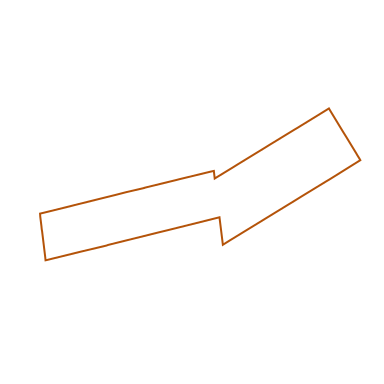 Quitilipi, Chaco, Argentina, rotated 58°
{"feature_id": "61730980B60915850555314", "entity_name": "Quitilipi", "entity_type": "district", "adm_level": 2, "iso_a3": "ARG", "parent_name": "Argentina", "parent_adm1": "Chaco", "projection": "equal_earth", "projection_center": [-60.193, -26.7], "detail": "fine", "context": "isolated", "style": "outline", "palette": "amber", "viewbox_px": 384, "rotation_deg": 58, "n_neighbors": 0, "source": "geoboundaries", "source_scale": "gbopen_adm2", "svg_char_len": 1054}
<svg xmlns="http://www.w3.org/2000/svg" viewBox="0 0 384 384"><g transform="rotate(58 192 192)"><path d="M224.1,32.0L222.0,32.0L221.0,32.0L196.7,31.7L193.7,31.6L193.7,35.2L193.5,64.5L193.5,66.3L193.5,68.2L193.4,71.7L193.1,101.1L193.1,104.3L193.1,104.7L193.1,106.1L192.8,137.6L192.8,141.2L192.8,142.2L192.8,143.8L192.8,144.9L192.6,163.4L192.6,164.8L192.6,165.6L188.4,163.6L185.7,162.3L184.5,165.7L175.5,192.8L174.4,196.1L173.4,199.3L173.3,199.6L164.3,226.8L163.2,230.2L163.3,230.3L157.5,247.2L156.6,250.0L153.8,258.9L153.1,261.0L152.0,264.4L151.3,266.5L140.9,298.4L139.9,301.6L133.2,322.1L130.9,329.1L129.8,332.3L132.6,333.8L141.2,337.8L143.8,339.1L146.0,340.0L169.7,351.1L172.3,352.4L172.8,351.0L183.5,318.4L192.1,292.9L192.4,291.3L208.5,241.9L211.4,233.2L226.9,185.5L228.0,182.1L249.3,192.0L253.1,193.8L253.1,185.2L253.8,106.7L253.8,105.4L253.8,102.1L254.1,72.6L254.2,68.8L254.2,64.3L254.2,41.2L254.2,32.4L252.2,32.3L250.3,32.3L248.4,32.3L246.0,32.2L244.6,32.2L227.1,32.0L225.7,32.0L224.1,32.0Z" fill="none" stroke="#b45309" stroke-width="2"/></g></svg>